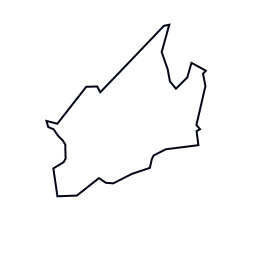 Union, New Jersey, United States of America (Albers equal-area conic projection), rotated 140°
{"feature_id": "52423323B67748143135818", "entity_name": "Union", "entity_type": "district", "adm_level": 2, "iso_a3": "USA", "parent_name": "United States of America", "parent_adm1": "New Jersey", "projection": "albers", "projection_center": [-74.293, 40.666], "detail": "fine", "context": "isolated", "style": "outline", "palette": "ink", "viewbox_px": 256, "rotation_deg": 140, "n_neighbors": 0, "source": "geoboundaries", "source_scale": "gbopen_adm2", "svg_char_len": 703}
<svg xmlns="http://www.w3.org/2000/svg" viewBox="0 0 256 256"><g transform="rotate(140 128 128)"><path d="M211.2,145.0L222.5,126.6L226.0,121.1L210.6,109.1L182.5,108.3L180.2,100.3L174.9,95.1L154.4,90.3L136.9,83.4L129.7,88.9L125.9,90.5L112.7,87.4L85.1,69.6L77.5,81.5L73.6,80.8L73.7,86.3L41.8,110.3L35.6,121.4L31.5,121.8L37.5,137.1L50.1,128.6L66.0,127.3L65.9,136.8L59.8,147.6L53.4,164.5L30.0,180.6L34.9,183.2L45.7,182.0L92.8,176.8L104.9,175.5L126.3,173.2L124.9,179.6L133.5,186.4L179.4,176.7L185.9,185.8L188.5,180.1L185.8,174.8L186.6,166.9L186.0,160.2L186.7,155.6L187.8,154.2L189.8,151.8L195.4,144.7L199.2,143.2L205.7,144.2L211.2,145.0L211.2,145.0Z" fill="none" stroke="#020617" stroke-width="2"/></g></svg>